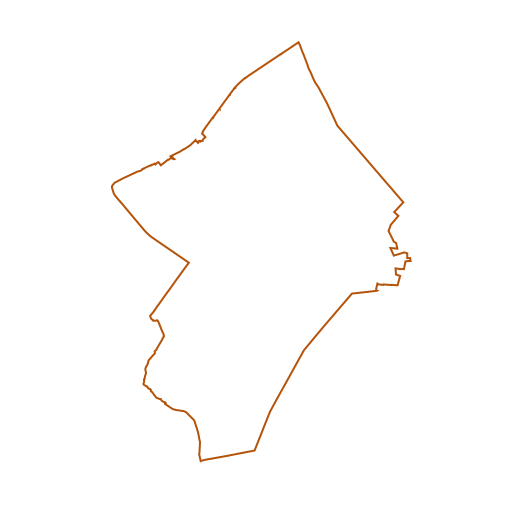 the district of Heeze-Leende, Noord-Brabant, Netherlands, rotated 335°
{"feature_id": "6326949B20290330691137", "entity_name": "Heeze-Leende", "entity_type": "district", "adm_level": 2, "iso_a3": "NLD", "parent_name": "Netherlands", "parent_adm1": "Noord-Brabant", "projection": "albers", "projection_center": [5.542, 51.359], "detail": "fine", "context": "isolated", "style": "outline", "palette": "amber", "viewbox_px": 512, "rotation_deg": 335, "n_neighbors": 0, "source": "geoboundaries", "source_scale": "gbopen_adm2", "svg_char_len": 5772}
<svg xmlns="http://www.w3.org/2000/svg" viewBox="0 0 512 512"><g transform="rotate(335 256 256)"><path d="M153.9,141.9L155.9,149.6L156.0,149.5L165.4,184.7L165.8,185.9L166.1,187.1L166.5,188.2L167.0,189.4L167.4,190.5L167.9,191.6L168.4,192.8L168.9,193.9L169.5,194.9L170.1,196.0L192.3,233.7L187.3,236.4L185.1,237.6L180.8,240.0L176.5,242.4L172.1,244.8L165.7,248.5L154.8,254.5L148.4,258.2L146.2,259.4L144.1,260.6L139.8,263.1L138.7,263.7L137.6,264.2L136.4,264.8L134.7,265.5L134.7,266.0L134.4,268.0L134.8,269.3L134.9,269.6L135.5,270.4L135.6,270.6L135.6,270.8L135.5,271.0L135.5,271.3L136.6,271.7L137.2,272.0L137.9,272.3L139.2,272.5L139.4,272.6L139.6,272.8L139.6,273.1L139.7,275.1L139.1,285.3L139.2,286.0L139.3,287.1L139.0,288.1L138.7,289.7L138.5,290.1L138.4,290.2L137.9,290.3L137.4,290.7L136.6,291.1L136.1,291.7L135.2,292.4L127.6,297.6L127.1,298.0L126.7,298.3L126.4,298.7L126.2,298.9L126.0,299.0L125.6,299.1L125.0,299.1L124.4,299.3L124.0,299.5L123.9,299.7L123.8,299.8L123.7,300.0L123.2,301.5L122.4,301.9L120.8,302.4L120.1,302.7L119.7,302.9L118.8,303.3L118.5,303.5L116.0,304.6L115.4,304.8L114.9,305.1L114.6,305.3L114.1,305.7L113.6,306.2L113.4,306.5L112.8,307.5L112.6,307.8L112.2,308.0L111.9,308.2L111.8,308.4L111.4,308.8L110.9,309.2L110.7,309.3L110.3,309.4L110.1,309.5L109.8,309.7L109.3,310.2L109.2,310.3L108.8,310.7L108.0,311.6L107.9,311.8L107.7,312.1L107.5,313.0L106.9,315.5L106.7,315.8L106.3,316.3L105.1,317.5L104.7,317.9L104.4,318.3L104.2,318.6L103.8,319.2L103.6,319.5L103.3,320.1L103.2,320.3L102.7,320.3L102.3,320.5L102.2,320.6L102.0,321.2L101.8,321.9L101.6,322.4L101.5,322.6L101.2,323.0L100.7,323.5L100.5,323.8L100.2,324.1L100.0,324.3L99.9,324.4L99.8,324.6L100.0,325.4L100.2,325.8L100.6,326.3L101.0,326.8L101.5,327.9L101.6,328.0L101.9,328.0L102.0,328.0L102.3,328.6L102.3,329.4L102.5,330.4L102.5,330.5L102.9,331.0L103.2,331.4L103.4,331.5L103.7,331.8L103.9,331.9L103.9,332.0L104.0,332.3L104.1,332.8L104.1,333.1L104.0,333.4L103.6,333.7L103.6,333.8L103.6,334.0L103.7,334.3L104.0,334.8L104.2,335.1L104.6,336.4L104.8,337.0L104.8,337.4L104.8,338.5L105.3,339.9L105.6,341.6L105.6,341.8L105.7,342.1L105.8,342.3L106.0,342.5L106.7,343.2L107.9,344.6L108.0,344.7L108.4,345.1L108.9,345.2L109.0,345.3L109.3,345.6L109.3,345.8L109.3,346.2L109.3,346.9L109.3,347.1L109.4,347.3L110.2,348.7L110.6,349.1L110.9,349.3L111.6,350.2L112.1,350.7L112.2,350.9L112.2,351.0L111.9,351.1L111.1,351.4L111.0,351.6L111.2,352.0L111.4,352.3L111.8,352.9L113.5,355.7L114.0,356.5L114.3,357.0L114.8,357.9L115.4,358.9L115.7,359.2L115.9,359.5L116.1,359.8L116.6,360.2L117.8,361.2L118.4,361.8L118.7,362.0L119.3,362.4L120.7,363.2L121.9,364.0L123.4,365.1L124.2,365.5L124.8,365.9L125.2,366.3L126.3,367.6L126.5,367.7L126.7,368.1L127.3,369.9L127.4,370.0L128.0,371.8L128.3,372.7L129.2,375.2L129.4,375.7L129.6,376.2L130.0,377.2L130.1,377.6L130.2,378.0L130.4,378.6L130.4,379.2L130.4,379.9L129.7,385.8L129.4,388.2L129.4,388.4L129.2,390.0L128.3,394.1L127.4,397.4L127.0,399.2L126.7,400.6L126.4,401.4L126.0,402.1L121.9,409.9L121.5,410.5L120.7,411.7L120.6,412.1L119.2,418.5L119.8,418.5L123.8,419.2L125.3,419.6L130.8,421.1L137.0,422.7L144.1,424.6L146.7,425.3L148.6,425.7L172.5,431.7L184.6,420.3L189.3,415.8L202.8,403.1L213.2,395.4L226.0,386.1L229.9,383.3L259.4,361.8L264.6,359.3L277.5,353.2L282.7,350.8L286.7,348.9L327.1,330.6L334.3,333.1L335.2,333.3L336.7,333.9L350.8,338.6L351.0,338.6L350.9,338.5L350.8,338.3L350.7,338.1L350.7,337.8L350.7,337.5L350.8,337.2L350.9,336.8L351.4,336.1L351.5,335.9L354.4,332.3L355.2,333.5L355.4,333.7L355.9,334.1L359.3,336.0L359.6,335.7L366.7,339.7L366.9,339.5L371.9,342.4L378.2,335.0L375.0,331.9L375.8,330.1L376.1,329.4L376.2,328.9L376.6,327.8L376.9,327.2L377.3,326.2L379.8,327.9L381.1,328.8L383.7,329.9L384.0,330.1L384.5,330.4L389.1,324.2L389.3,324.4L389.6,324.5L389.8,324.5L390.4,324.5L390.8,324.5L391.1,324.6L391.4,324.7L391.7,324.8L392.3,325.1L392.6,325.3L394.0,325.9L394.8,323.0L392.2,321.9L394.0,317.9L394.2,317.5L391.9,315.4L381.1,313.9L381.2,305.6L385.5,308.0L385.4,308.1L387.2,309.1L387.5,307.7L388.0,305.5L388.5,303.6L386.8,300.8L387.0,300.1L386.7,289.3L389.5,286.6L391.3,284.7L402.0,279.8L399.8,274.6L412.2,269.6L410.7,264.3L409.3,259.5L406.8,250.4L406.1,248.0L405.5,246.0L405.0,244.2L404.9,243.8L384.8,172.2L384.9,155.9L384.9,155.1L384.9,147.9L383.9,129.8L382.9,123.5L382.9,117.7L383.0,116.1L383.1,114.1L383.1,112.5L383.0,108.9L383.0,107.7L383.1,107.1L383.5,103.6L384.2,94.1L384.3,92.0L384.3,91.1L384.4,89.3L384.8,85.0L384.9,83.2L384.9,80.3L364.2,83.5L364.0,83.8L363.8,83.8L363.6,83.5L327.0,89.2L325.5,89.4L321.4,90.3L321.3,90.1L319.8,90.4L318.6,90.8L316.2,91.5L313.9,92.2L311.6,93.0L309.3,93.9L307.4,94.7L307.7,95.0L307.1,95.1L306.0,95.6L304.9,96.1L303.8,96.7L302.7,97.3L300.1,98.7L300.5,98.9L300.3,99.1L299.8,98.9L285.2,106.9L285.1,107.3L285.0,107.1L275.9,112.1L275.8,112.4L275.6,112.6L275.4,112.2L269.2,115.6L266.5,117.1L264.5,118.2L264.5,118.3L262.1,119.6L260.2,120.9L260.2,121.3L258.9,122.2L260.4,126.9L258.9,127.3L257.2,128.0L256.1,128.9L256.1,129.0L255.0,128.6L254.8,128.7L254.1,128.2L253.8,128.6L253.0,127.7L251.9,127.8L251.6,128.7L251.6,128.9L251.2,129.0L251.0,128.2L250.9,127.4L250.8,127.2L250.7,127.1L250.2,126.7L250.0,126.4L249.8,126.3L250.1,126.0L250.2,125.4L249.1,125.8L247.2,126.5L245.4,127.0L244.6,127.4L243.2,127.8L239.6,128.4L235.6,128.9L235.5,128.7L233.8,128.9L231.9,129.2L230.7,129.3L223.3,129.4L223.0,129.7L222.5,130.1L222.0,129.5L220.8,129.5L221.3,130.4L221.5,131.1L221.7,131.4L222.0,131.8L223.0,133.7L222.7,133.7L220.1,131.2L218.1,131.7L216.5,131.8L216.5,131.6L208.1,133.6L207.3,129.8L206.8,129.7L206.4,129.6L203.5,130.5L203.3,129.5L199.1,129.5L199.2,129.3L195.9,129.2L190.5,129.2L190.6,129.4L189.8,129.4L188.2,129.9L187.5,130.0L184.1,129.4L168.6,129.4L158.6,129.9L155.3,131.6L154.4,132.9L153.5,139.5L153.9,141.9Z" fill="none" stroke="#b45309" stroke-width="2"/></g></svg>